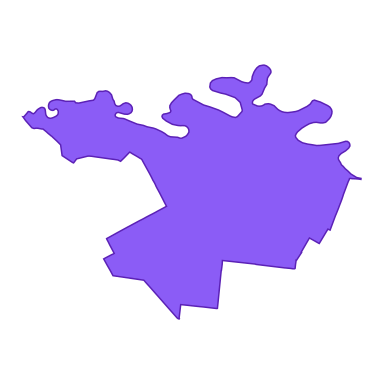 Gherghita, Prahova, Romania
{"feature_id": "2599482B3655847056384", "entity_name": "Gherghita", "entity_type": "district", "adm_level": 2, "iso_a3": "ROU", "parent_name": "Romania", "parent_adm1": "Prahova", "projection": "albers", "projection_center": [26.262, 44.787], "detail": "fine", "context": "isolated", "style": "filled", "palette": "violet", "viewbox_px": 384, "rotation_deg": 0, "n_neighbors": 0, "source": "geoboundaries", "source_scale": "gbopen_adm2", "svg_char_len": 5888}
<svg xmlns="http://www.w3.org/2000/svg" viewBox="0 0 384 384"><path d="M360.9,179.4L361.0,178.4L358.9,178.0L356.6,177.5L350.9,174.0L348.0,171.1L345.3,168.8L343.2,166.4L341.4,164.8L340.4,162.5L339.3,160.9L338.4,159.2L338.3,157.6L339.0,155.7L341.2,153.5L345.5,150.9L348.6,148.2L349.9,146.0L349.8,144.5L349.6,143.7L348.9,142.5L347.4,141.4L345.6,141.3L338.5,143.4L320.0,145.4L316.6,145.5L311.3,144.6L307.7,144.1L302.5,142.8L298.2,140.3L295.7,137.3L295.4,135.5L296.3,133.6L297.5,131.9L301.8,128.2L305.6,125.8L309.4,123.7L313.5,122.5L316.3,122.3L320.3,122.9L322.9,122.9L325.3,122.4L326.1,121.9L329.5,118.5L330.8,116.5L331.8,113.7L332.0,111.5L331.5,109.5L329.9,107.1L327.7,105.6L320.3,102.0L318.6,101.5L314.4,100.1L312.5,100.8L310.2,104.1L307.1,106.4L298.5,110.7L295.8,111.5L292.0,112.1L287.7,112.6L284.4,112.3L282.0,111.7L279.5,110.5L277.6,109.2L276.1,107.7L274.1,105.7L270.7,104.2L268.5,103.7L265.0,104.1L263.6,105.1L261.8,105.9L259.7,106.2L258.1,106.1L257.0,105.9L256.5,105.6L255.5,105.2L252.9,104.1L252.4,103.3L252.6,101.3L253.7,99.8L254.9,98.9L260.4,95.9L262.0,94.2L264.6,88.0L266.8,84.4L267.0,81.5L267.5,78.0L268.6,76.1L270.6,73.2L271.0,72.0L270.7,70.2L269.5,68.3L267.8,66.8L266.5,65.9L264.6,65.2L263.3,65.1L259.6,65.8L258.9,66.2L256.9,67.8L255.3,69.9L254.0,72.1L252.3,76.4L251.8,80.1L251.3,80.7L250.1,82.0L248.8,82.9L247.5,83.0L244.4,82.5L241.7,81.7L234.2,77.8L231.3,77.6L226.7,77.8L221.9,77.6L216.2,78.9L212.4,80.6L210.4,83.0L209.8,87.0L210.6,88.9L212.5,90.5L221.0,93.1L225.6,94.1L235.1,97.6L237.2,99.5L240.2,102.4L242.3,110.1L242.0,111.5L237.4,116.6L235.5,117.5L232.3,116.9L230.1,116.0L222.8,112.1L218.5,110.0L209.9,106.9L203.6,105.0L192.9,99.3L192.1,98.0L191.8,96.2L191.3,95.3L190.5,94.4L188.7,93.6L185.1,93.2L181.9,94.1L178.9,95.3L174.1,100.0L171.5,102.8L169.9,105.6L169.8,107.6L170.4,109.7L170.9,110.9L170.3,112.3L169.2,112.8L166.7,113.6L163.6,114.1L162.3,115.2L162.0,116.6L162.8,118.3L166.2,121.0L172.3,124.3L174.6,124.8L178.0,125.5L180.3,125.7L182.8,125.6L184.8,125.7L186.4,126.4L187.7,127.6L188.5,128.9L188.9,130.4L188.9,131.3L188.9,132.2L187.4,134.7L185.8,136.3L181.8,138.2L180.0,138.2L177.7,137.3L170.6,136.8L168.2,136.0L166.8,135.1L164.8,133.5L161.6,131.6L156.0,129.0L153.4,128.1L147.1,126.8L143.4,125.4L137.1,124.1L128.3,120.5L124.9,119.0L123.3,118.5L119.8,118.2L118.3,118.0L115.9,116.9L115.2,115.9L115.2,114.7L116.0,113.3L116.8,112.7L118.4,112.4L124.3,114.1L127.5,114.3L129.1,113.8L131.1,112.6L132.1,111.0L132.4,109.3L132.1,107.2L131.0,105.3L129.7,104.2L128.0,103.2L125.8,102.8L123.2,103.7L121.5,105.0L119.7,106.1L117.8,106.3L115.8,105.5L114.7,103.7L114.1,101.1L112.9,99.4L111.5,94.8L109.5,92.5L107.6,91.3L105.7,90.8L102.8,91.4L100.2,91.3L98.8,91.4L97.2,92.6L94.8,98.7L93.5,100.2L89.0,100.9L78.7,103.1L75.7,102.8L74.5,101.2L65.6,101.3L64.4,101.0L61.8,100.4L59.2,99.9L57.7,99.7L56.1,99.7L53.2,100.4L51.8,100.9L50.3,101.7L49.4,102.7L48.9,103.8L48.6,104.8L48.5,105.6L48.5,106.2L48.6,107.2L48.8,108.1L49.3,108.8L50.4,109.8L51.9,110.3L52.9,110.4L53.6,110.2L54.5,109.6L55.2,109.0L55.8,108.9L56.3,108.9L56.8,109.1L57.4,109.6L58.1,110.8L58.3,111.7L58.2,113.0L58.1,113.8L57.7,114.7L56.8,115.6L55.9,116.3L53.8,117.3L52.6,117.8L51.2,118.2L50.0,118.3L49.1,118.0L48.4,117.8L47.8,117.5L47.3,117.0L46.5,116.0L46.1,115.2L45.8,114.5L45.6,113.0L45.3,110.3L45.0,109.2L44.5,108.3L43.9,107.8L42.5,107.4L41.4,107.4L40.5,107.7L38.5,108.9L37.8,109.4L37.0,110.1L35.9,111.5L35.3,112.3L34.2,113.3L33.5,113.7L33.2,113.7L32.7,113.5L31.5,112.9L30.4,112.0L29.6,111.7L28.6,111.5L28.0,111.8L26.8,113.4L24.6,115.9L23.5,117.0L23.0,116.9L25.6,120.6L29.9,125.5L31.8,127.7L33.6,128.4L34.2,128.5L34.9,128.4L35.9,128.2L36.6,128.2L38.2,128.3L39.0,128.5L40.2,128.7L41.7,129.0L42.2,129.0L43.1,129.1L43.8,129.7L45.3,130.9L46.5,131.9L48.1,133.4L49.1,134.2L50.1,135.0L50.7,135.6L51.7,136.2L52.6,137.1L56.9,141.1L60.6,144.8L61.7,152.7L62.1,155.6L72.7,162.6L72.9,162.6L73.6,162.9L74.9,161.2L76.6,158.9L79.8,158.1L87.9,156.1L89.3,156.1L89.5,156.1L91.8,156.3L95.8,156.9L98.7,157.3L110.8,159.0L114.1,159.4L117.3,159.9L117.9,160.0L120.6,161.3L124.2,157.8L129.4,152.4L129.8,152.1L130.1,152.3L132.6,153.9L135.6,155.6L136.6,156.2L138.3,157.2L140.2,158.4L141.5,159.1L141.6,159.3L141.9,159.6L142.8,161.3L146.2,167.5L149.2,172.9L151.1,176.5L151.3,176.9L151.4,177.0L151.5,177.4L151.7,177.7L152.3,178.9L152.6,179.6L153.1,180.6L153.3,180.9L153.7,181.4L154.0,182.1L154.5,182.8L154.7,183.4L154.9,183.7L155.1,184.1L155.3,184.5L155.6,185.2L156.1,186.4L157.3,188.7L158.1,190.1L159.1,192.0L159.6,192.8L159.9,193.5L160.7,195.0L161.5,196.6L162.4,198.3L164.4,202.3L166.5,206.3L163.8,207.8L157.6,211.1L155.5,212.3L152.3,214.0L150.1,215.1L146.1,217.2L143.8,218.5L141.9,219.5L139.1,220.9L128.3,226.7L120.4,231.0L118.6,232.0L118.2,232.2L106.6,238.6L106.9,239.4L108.6,242.6L109.6,244.7L111.3,247.9L113.7,252.4L114.2,253.4L112.6,254.3L112.0,254.5L109.3,255.9L105.3,258.0L103.7,258.9L105.3,261.8L106.9,264.7L110.5,271.0L113.0,275.7L143.8,280.2L144.4,280.8L145.8,282.5L150.3,287.5L155.5,293.4L170.8,310.8L176.9,317.7L177.3,318.1L178.0,318.6L178.7,318.9L179.2,318.9L179.3,318.9L179.4,318.7L179.1,318.3L180.7,304.6L186.8,305.2L192.1,305.8L195.8,306.2L196.0,306.2L196.5,306.2L196.6,306.3L198.7,306.5L199.5,306.6L202.9,306.9L216.5,308.5L217.0,308.5L217.4,308.4L218.3,299.9L218.3,299.4L218.4,298.8L221.2,270.7L221.4,270.5L221.5,269.8L221.6,268.9L221.7,268.2L221.8,267.5L222.0,265.7L222.2,264.3L222.4,260.5L255.5,264.1L255.9,264.4L274.0,266.6L284.8,267.9L285.0,267.9L287.2,268.1L290.4,268.4L293.0,268.8L294.5,268.8L294.9,268.6L295.1,268.4L295.6,263.9L295.8,262.7L296.0,260.9L296.1,260.4L296.3,260.6L301.6,252.5L301.2,252.2L309.4,238.0L319.2,243.5L319.6,242.9L327.9,229.1L330.1,230.1L335.7,215.0L335.8,214.9L335.9,214.7L338.7,207.7L339.1,206.5L341.0,201.6L341.9,199.2L343.1,195.6L343.3,194.8L347.9,182.5L348.7,180.6L349.3,179.5L349.5,178.6L350.6,178.4L352.0,178.7L355.5,178.8L359.1,179.1L360.9,179.4Z" fill="#8b5cf6" stroke="#5b21b6" stroke-width="1.5"/></svg>